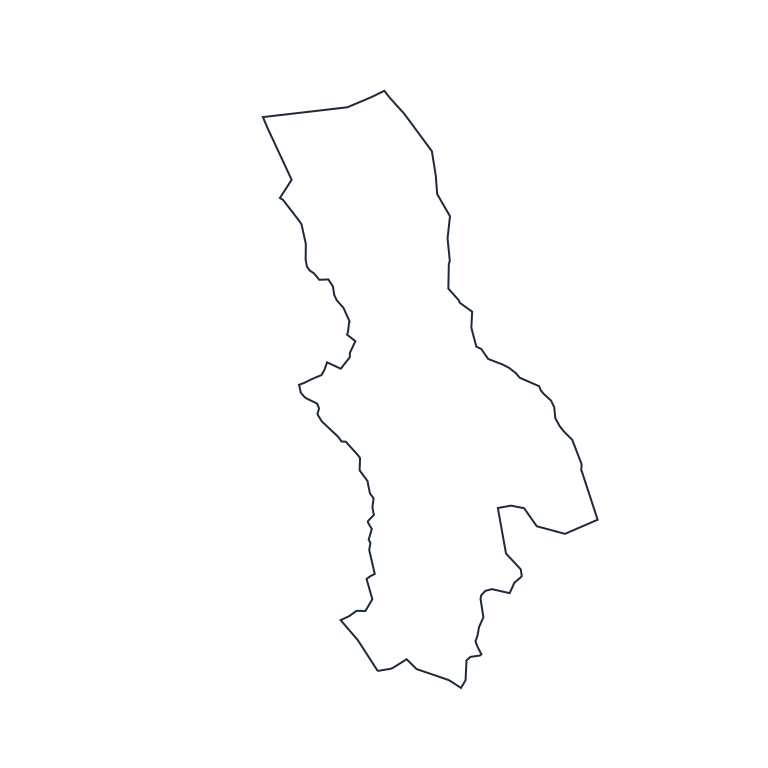 Iseyin, Oyo, Nigeria, rotated 320°
{"feature_id": "59680162B71074793306885", "entity_name": "Iseyin", "entity_type": "district", "adm_level": 2, "iso_a3": "NGA", "parent_name": "Nigeria", "parent_adm1": "Oyo", "projection": "robinson", "projection_center": [3.548, 8.023], "detail": "fine", "context": "isolated", "style": "outline", "palette": "slate", "viewbox_px": 768, "rotation_deg": 320, "n_neighbors": 0, "source": "geoboundaries", "source_scale": "gbopen_adm2", "svg_char_len": 2002}
<svg xmlns="http://www.w3.org/2000/svg" viewBox="0 0 768 768"><g transform="rotate(320 384 384)"><path d="M199.3,563.2L194.8,599.3L195.3,600.1L206.0,606.4L208.0,607.1L224.4,609.4L225.7,623.3L243.2,652.3L244.2,655.1L247.6,666.3L256.0,663.4L269.5,648.8L274.8,648.6L283.0,653.7L284.9,653.7L286.5,646.3L288.5,640.1L294.0,636.8L299.8,631.9L300.5,631.3L310.2,626.6L319.8,610.7L322.6,608.4L328.7,607.6L334.9,610.6L345.8,625.0L356.2,620.0L364.1,620.0L366.1,619.7L369.6,613.9L368.5,592.3L391.5,552.2L403.1,558.8L411.5,569.2L409.6,591.2L426.3,615.1L460.4,625.3L479.3,578.3L479.8,576.7L483.8,572.5L492.3,547.8L492.3,547.2L491.4,537.6L491.3,534.3L491.5,529.3L493.2,520.4L499.4,511.3L501.3,504.1L499.9,493.4L500.0,489.9L501.4,485.4L492.0,466.4L492.0,460.4L490.1,451.8L487.6,445.7L479.9,431.8L481.0,419.7L478.8,414.8L478.8,414.6L487.1,397.0L498.0,385.3L494.4,371.1L494.4,370.2L495.1,367.5L494.6,352.3L511.1,333.4L513.4,332.2L526.3,313.3L542.4,297.9L546.8,272.7L557.5,257.8L570.3,236.5L573.2,190.0L572.4,168.7L572.7,159.6L559.7,156.4L533.9,148.5L462.8,101.7L459.5,112.4L446.9,159.3L444.5,168.2L423.8,174.6L425.0,178.0L423.9,204.4L423.5,208.5L414.2,226.4L403.8,238.5L400.5,244.4L400.0,249.1L401.5,254.3L401.4,262.6L408.6,268.1L407.5,276.6L403.2,283.6L401.6,289.4L401.9,299.6L397.8,314.1L396.2,315.0L390.3,320.6L387.4,322.5L389.6,332.8L377.7,338.3L375.1,341.5L360.7,344.5L354.3,330.8L347.8,334.7L341.9,337.0L335.3,334.9L330.4,333.5L323.7,331.9L318.4,330.0L314.7,337.2L314.7,342.7L315.4,345.3L320.2,356.1L318.6,360.9L313.6,364.3L312.3,372.5L314.8,393.8L314.9,396.2L314.5,400.8L316.0,402.1L317.6,403.6L318.3,421.2L318.1,425.1L317.9,425.5L309.8,434.5L309.2,444.3L309.0,447.7L306.0,453.0L302.9,458.9L302.5,464.9L295.9,471.0L293.2,475.7L292.1,477.8L284.2,478.6L283.2,478.9L282.9,479.4L282.4,481.3L281.5,487.2L272.2,493.4L271.5,497.0L266.0,501.6L254.8,523.6L250.0,522.4L245.3,522.2L240.6,532.7L236.7,541.4L223.9,545.9L217.1,540.1L207.9,539.4L199.0,537.0L199.3,563.2Z" fill="none" stroke="#1e293b" stroke-width="2"/></g></svg>